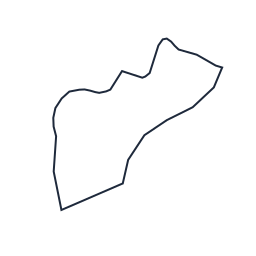 the border of Alger, rotated 105°
{"feature_id": "DZA-2195", "entity_name": "Alger", "entity_type": "Province", "adm_level": 1, "iso_a3": "DZA", "parent_name": "Algeria", "parent_adm1": "", "projection": "albers", "projection_center": [3.057, 36.732], "detail": "fine", "context": "isolated", "style": "outline", "palette": "slate", "viewbox_px": 256, "rotation_deg": 105, "n_neighbors": 0, "source": "natural_earth", "source_scale": "10m", "svg_char_len": 572}
<svg xmlns="http://www.w3.org/2000/svg" viewBox="0 0 256 256"><g transform="rotate(105 128 128)"><path d="M45.2,52.7L66.6,55.6L91.2,70.9L110.3,92.5L130.7,110.3L158.7,119.6L183.0,118.7L183.6,119.6L224.4,171.1L189.3,188.5L154.6,195.3L145.9,200.2L137.5,202.8L127.5,203.3L116.6,199.7L108.0,194.1L103.6,184.9L102.0,179.9L101.7,174.2L101.8,168.9L101.5,164.9L98.3,158.6L95.5,155.0L74.6,148.5L75.7,127.2L73.8,124.6L69.3,121.3L40.4,120.0L33.4,117.4L31.6,113.7L33.4,108.7L36.5,104.2L39.1,99.4L39.4,80.6L45.0,59.4L45.2,52.7Z" fill="none" stroke="#1e293b" stroke-width="2"/></g></svg>